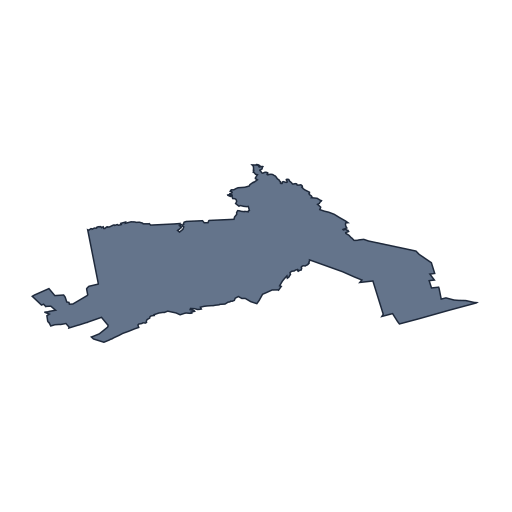 Garkalnes pag., Garkalnes, Latvia (Equal Earth projection), rotated 182°
{"feature_id": "27541924B31320948799196", "entity_name": "Garkalnes pag.", "entity_type": "district", "adm_level": 2, "iso_a3": "LVA", "parent_name": "Latvia", "parent_adm1": "Garkalnes", "projection": "equal_earth", "projection_center": [24.379, 57.025], "detail": "fine", "context": "isolated", "style": "filled", "palette": "slate", "viewbox_px": 512, "rotation_deg": 182, "n_neighbors": 0, "source": "geoboundaries", "source_scale": "gbopen_adm2", "svg_char_len": 6053}
<svg xmlns="http://www.w3.org/2000/svg" viewBox="0 0 512 512"><g transform="rotate(182 256 256)"><path d="M440.5,177.5L431.3,180.7L430.7,180.8L423.3,183.5L422.5,183.6L421.4,184.2L408.3,189.3L402.0,182.2L401.6,182.0L401.4,180.8L401.8,179.7L409.8,172.8L415.5,170.2L417.7,169.3L415.5,167.4L405.0,164.5L399.3,167.1L398.6,167.7L397.3,168.0L395.3,169.3L390.1,171.9L386.5,174.0L380.7,176.3L374.7,179.0L370.7,180.5L371.6,182.9L370.8,183.9L367.8,184.5L366.8,185.2L365.7,185.3L364.2,185.1L363.9,185.3L363.1,185.8L363.4,186.7L362.7,188.6L360.1,190.2L360.0,191.1L359.6,191.8L359.0,192.3L358.2,192.6L355.6,193.0L355.9,193.8L353.2,194.8L351.2,195.6L346.9,196.4L345.8,196.3L342.3,197.8L333.9,196.3L329.8,194.6L325.5,196.2L323.9,196.6L319.9,196.4L318.1,196.7L318.1,196.9L318.7,197.7L315.4,198.6L315.8,199.1L317.3,199.7L320.0,200.1L319.6,201.3L315.3,201.2L312.7,200.5L310.6,200.7L308.8,201.1L309.8,202.9L306.1,203.9L303.0,204.4L299.0,204.8L296.9,204.9L294.9,205.4L291.2,205.9L290.5,206.4L285.3,206.9L282.3,208.9L280.5,209.2L279.7,210.0L278.3,209.9L276.1,210.9L275.3,213.1L272.2,214.9L268.7,213.1L265.2,213.2L259.7,210.2L253.5,208.4L251.3,211.7L248.1,218.0L244.3,219.8L238.7,222.6L232.8,222.9L232.3,222.6L229.7,226.5L231.4,227.0L228.7,231.9L226.7,234.5L224.4,237.2L223.9,234.9L222.4,236.1L221.6,237.8L220.9,238.6L221.1,239.0L221.4,240.7L219.7,242.0L217.2,242.4L216.1,243.3L213.9,244.0L213.2,243.2L213.7,242.7L213.3,242.2L212.6,242.7L211.3,243.4L210.4,243.5L209.9,245.4L210.4,246.4L209.8,247.2L208.6,247.9L206.3,247.8L205.9,248.2L204.2,249.0L203.9,249.3L203.5,249.7L203.4,250.0L203.0,250.3L203.3,250.5L203.1,250.8L202.9,250.8L202.9,251.3L202.7,251.5L202.7,252.0L202.7,252.4L202.3,252.9L202.4,254.0L168.9,243.3L157.0,238.5L149.3,235.7L151.3,233.2L138.3,235.1L126.8,202.2L128.1,200.0L117.5,203.2L112.2,195.4L110.3,193.1L90.9,199.0L60.9,208.6L36.4,216.1L34.2,216.8L33.8,217.1L36.4,217.2L44.8,218.8L51.9,218.7L56.5,218.9L64.4,220.7L65.0,220.7L69.4,219.4L71.9,230.0L72.4,231.2L79.5,230.2L82.1,237.4L76.9,238.2L81.6,244.0L76.8,244.8L80.5,255.4L93.0,263.3L96.3,266.5L144.0,274.9L148.9,276.4L153.6,275.7L155.3,275.2L158.5,275.0L161.0,277.4L161.4,277.5L163.9,280.0L167.0,281.7L167.2,282.5L164.3,283.7L165.1,284.9L165.9,284.9L167.4,285.8L169.6,285.1L170.0,285.6L166.2,287.2L167.3,288.9L167.7,290.8L167.6,291.7L167.5,292.2L165.3,292.5L167.7,294.1L174.4,297.6L179.3,300.4L184.8,302.3L189.3,303.2L193.9,304.6L193.1,306.7L193.1,307.1L196.3,309.8L194.5,310.8L194.2,311.6L193.4,312.6L192.9,312.9L192.5,313.6L193.8,314.0L196.9,315.8L202.5,316.2L202.1,316.6L202.1,316.9L202.7,317.9L204.6,319.2L205.0,319.7L205.2,320.2L204.7,320.7L204.8,321.6L209.3,323.7L211.1,324.8L212.5,326.3L212.0,326.5L212.3,327.7L213.4,328.6L214.1,328.7L215.3,328.4L216.9,328.3L217.4,328.4L217.9,329.5L219.2,329.7L221.5,329.2L222.1,329.3L223.1,330.5L224.9,331.9L225.2,332.2L225.5,333.0L226.0,333.6L226.9,333.8L228.0,333.7L228.4,333.5L228.4,333.3L228.4,333.1L227.7,332.2L227.4,331.1L227.6,330.8L228.0,330.6L229.0,330.7L231.4,331.3L232.1,330.9L232.3,330.7L232.4,330.2L232.3,329.8L232.5,329.4L233.6,329.3L234.2,329.8L234.1,330.7L234.3,331.2L235.1,331.8L235.7,332.9L237.3,333.8L238.5,335.5L239.5,336.6L241.1,337.3L241.9,337.9L242.6,338.1L243.7,338.2L245.3,338.1L246.7,337.6L247.4,337.6L247.7,337.8L247.8,338.1L247.1,339.1L247.2,339.6L249.0,340.1L250.3,339.9L252.1,339.0L252.8,339.2L253.2,339.4L253.6,339.9L254.2,340.9L255.2,341.6L255.2,342.0L253.1,343.1L252.6,345.1L252.3,345.6L252.9,345.7L254.7,345.4L255.7,345.0L256.0,345.1L256.2,345.4L255.3,346.3L255.6,346.6L256.1,346.8L256.4,346.6L257.0,346.6L257.0,347.2L258.5,347.5L259.0,347.2L258.8,346.9L263.1,346.9L261.8,345.6L261.7,345.3L261.5,343.3L261.6,341.4L261.2,341.4L261.6,339.5L260.8,339.4L259.3,337.6L257.4,337.3L259.4,333.9L259.3,333.3L257.3,332.2L260.8,329.4L261.2,329.7L264.6,327.1L264.9,326.3L265.3,325.7L269.6,324.3L276.3,323.6L278.3,322.7L280.5,321.4L283.0,321.3L283.7,320.4L284.0,319.8L282.8,319.7L282.1,318.9L282.1,318.5L282.9,317.9L284.3,317.4L284.4,317.1L284.1,316.8L284.5,316.4L286.4,316.0L286.3,315.7L283.6,314.6L283.3,314.8L283.4,316.1L282.8,316.4L282.1,316.2L281.9,315.7L282.0,314.7L281.9,314.1L281.3,312.6L279.1,312.5L277.9,311.8L277.2,310.0L277.9,308.2L278.2,307.7L274.8,305.2L273.3,305.9L270.0,305.2L266.9,305.0L265.5,305.3L265.2,304.6L264.2,301.3L265.2,300.8L265.3,299.9L268.8,300.2L269.1,299.9L272.2,300.1L274.2,300.6L275.9,300.7L276.9,298.7L276.7,297.0L278.8,294.2L279.3,291.9L304.0,289.9L304.5,289.5L305.1,287.6L308.9,287.4L310.7,289.4L326.9,288.1L329.0,287.3L329.7,285.5L329.4,285.1L330.4,284.4L330.7,283.4L329.2,282.6L330.0,280.1L333.3,277.2L335.3,278.8L333.2,280.4L332.5,281.4L331.9,281.6L332.0,281.8L331.8,282.2L332.1,282.4L332.1,282.8L333.3,283.5L332.8,283.7L332.7,283.9L333.4,284.0L331.9,284.5L331.7,284.7L331.9,284.8L332.4,284.6L332.6,284.6L332.4,285.0L333.7,285.3L333.4,285.8L338.5,285.2L362.4,283.2L363.8,284.6L364.1,284.4L369.9,284.2L370.5,284.9L373.7,285.7L377.1,285.4L378.2,285.8L382.1,285.8L387.7,284.1L387.5,285.4L387.8,285.3L392.3,283.9L391.7,282.7L394.7,281.9L395.6,282.6L396.6,282.3L398.2,281.6L398.8,282.1L399.7,281.9L403.3,280.0L405.5,279.6L405.5,280.0L405.9,280.0L406.8,279.4L407.8,278.3L408.1,278.2L409.2,278.2L409.5,278.8L409.4,279.1L409.8,279.4L409.8,279.8L411.0,279.3L411.3,279.0L411.6,279.4L411.9,279.4L412.2,279.9L412.9,280.0L413.6,279.6L414.5,279.8L415.8,279.3L416.2,279.1L416.2,278.9L416.2,278.4L416.3,278.3L417.7,278.2L418.5,278.3L418.7,278.2L420.4,277.2L420.4,277.3L421.1,277.5L421.9,277.6L422.8,276.8L423.6,276.5L423.9,276.0L424.7,276.0L425.1,276.2L412.8,223.6L412.6,222.6L412.7,222.4L421.9,219.9L423.4,218.4L424.1,217.4L424.1,217.0L423.7,215.1L422.8,211.3L423.3,210.6L437.4,201.6L440.8,201.3L441.3,203.1L443.5,203.4L445.3,208.3L446.9,210.3L455.7,209.4L461.8,216.2L476.0,209.3L478.2,207.9L468.7,199.5L466.6,200.4L464.3,198.1L464.1,198.3L459.3,198.7L454.4,194.8L460.5,193.5L460.4,193.3L461.6,193.0L465.5,192.5L460.5,190.7L462.9,189.0L461.9,183.6L461.0,182.3L460.5,182.3L458.7,178.9L454.6,180.3L450.4,180.7L448.9,180.7L443.6,181.9L440.3,178.4L440.5,177.5Z" fill="#64748b" stroke="#1e293b" stroke-width="1.5"/></g></svg>